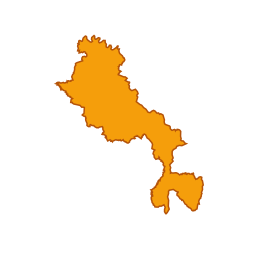 the district of Mae Chan, Chiang Rai, Thailand, rotated 249°
{"feature_id": "78962969B91989740231276", "entity_name": "Mae Chan", "entity_type": "district", "adm_level": 2, "iso_a3": "THA", "parent_name": "Thailand", "parent_adm1": "Chiang Rai", "projection": "mercator", "projection_center": [99.757, 20.164], "detail": "fine", "context": "isolated", "style": "filled", "palette": "amber", "viewbox_px": 256, "rotation_deg": 249, "n_neighbors": 0, "source": "geoboundaries", "source_scale": "gbopen_adm2", "svg_char_len": 5883}
<svg xmlns="http://www.w3.org/2000/svg" viewBox="0 0 256 256"><g transform="rotate(249 128 128)"><path d="M181.1,83.8L179.8,83.2L178.5,84.7L177.6,85.0L177.8,85.6L176.5,85.7L175.4,86.8L174.8,85.0L172.4,83.7L171.9,84.9L171.7,84.7L169.9,85.9L166.3,91.3L163.9,92.3L163.7,93.3L162.8,94.6L157.7,92.3L157.1,91.8L156.9,90.3L156.5,89.9L154.9,91.0L154.1,92.4L152.9,92.1L152.3,92.4L151.7,91.7L150.0,91.3L146.8,91.4L145.2,90.6L144.4,90.9L143.4,91.7L143.0,93.0L144.5,93.6L144.6,94.2L143.2,95.3L142.5,97.0L141.5,97.2L139.5,98.8L138.8,100.5L139.1,101.7L138.5,104.5L137.7,104.7L135.4,104.0L133.5,104.4L132.7,103.9L132.8,103.1L131.4,101.5L130.9,102.3L131.4,102.5L131.3,102.8L128.4,104.7L127.5,104.6L127.8,103.7L127.5,103.4L126.9,103.5L126.3,104.1L123.2,104.4L123.4,107.0L122.2,107.8L121.7,107.3L121.3,108.4L120.7,108.6L121.2,109.0L121.4,112.6L120.5,113.4L120.2,114.7L119.6,115.0L119.8,116.5L118.8,116.7L118.4,117.3L118.8,119.3L117.6,119.3L115.9,120.5L116.0,121.0L114.6,121.6L113.9,122.6L114.3,124.3L115.1,124.7L116.6,127.3L116.3,129.3L115.6,130.4L115.8,130.9L116.4,130.3L117.5,130.8L117.5,132.5L117.0,133.4L117.5,133.8L113.3,136.5L114.3,137.3L114.4,138.0L115.1,138.0L115.5,139.4L115.8,139.3L115.8,139.6L116.3,139.8L116.5,141.0L115.3,142.0L111.8,142.3L110.1,143.5L105.6,145.0L103.8,145.0L100.2,142.9L97.8,145.1L97.0,143.6L94.9,142.1L93.4,142.6L91.2,142.0L88.8,142.8L88.6,145.7L89.8,146.5L89.0,146.7L87.6,146.0L86.6,147.0L85.9,147.4L85.2,147.0L85.0,147.9L83.9,147.8L83.4,148.4L82.0,148.3L81.1,147.6L79.7,147.9L79.0,148.6L76.2,146.4L75.8,146.7L75.8,146.1L74.9,146.6L74.0,146.4L74.0,144.9L73.3,145.0L71.9,143.7L70.8,143.6L69.4,140.2L68.2,139.6L68.3,138.9L67.8,138.9L68.3,138.4L67.9,137.5L67.4,137.8L67.2,136.7L66.0,136.5L66.1,135.4L65.1,135.3L65.4,134.8L65.1,134.4L64.5,134.4L63.7,132.8L62.8,132.5L63.2,131.4L62.2,130.6L62.4,129.9L61.8,128.0L62.0,127.3L60.5,127.7L60.0,127.0L59.3,127.8L58.6,127.1L58.9,126.4L57.9,125.8L56.8,126.0L56.9,126.9L56.3,126.9L56.1,126.2L55.6,126.3L55.7,125.6L54.4,124.5L54.0,124.7L52.6,124.1L52.0,124.3L49.7,123.8L47.9,124.5L47.3,124.0L46.0,124.9L44.6,124.9L43.3,127.9L43.8,129.2L43.1,131.2L43.4,134.0L40.6,134.3L39.0,133.0L36.7,132.1L34.5,132.5L34.3,132.8L35.0,134.3L37.5,137.4L40.5,137.6L46.0,140.0L49.6,140.3L52.3,142.4L54.3,143.1L55.1,144.2L54.4,148.3L50.9,150.8L50.5,151.8L49.9,151.7L48.9,150.0L47.4,149.7L46.3,150.6L43.2,151.3L42.2,152.3L41.3,152.3L41.4,153.0L40.7,153.4L36.5,154.1L35.4,155.1L33.4,155.3L32.7,156.2L31.9,156.3L31.3,157.1L29.7,158.0L28.3,158.1L27.6,158.6L27.6,159.4L27.2,159.7L27.5,160.1L27.0,160.9L27.7,162.4L27.7,163.4L31.5,165.6L32.1,166.4L31.5,167.3L34.4,167.8L36.0,169.4L36.6,170.9L37.3,171.0L38.1,172.0L39.6,172.6L40.2,173.5L41.4,173.4L43.8,175.5L46.9,176.5L47.8,177.8L52.1,178.6L53.6,178.1L55.5,179.2L56.3,178.5L56.7,176.9L55.7,174.5L55.8,172.9L56.7,173.1L57.6,172.3L58.3,172.7L60.9,172.3L61.7,172.8L62.4,172.7L61.9,171.7L62.5,171.7L62.6,171.3L62.2,170.8L62.9,169.1L63.7,168.7L64.2,167.3L63.6,166.3L64.2,165.8L65.4,165.9L65.5,164.9L65.0,164.6L66.0,162.9L65.2,161.8L65.5,161.2L66.1,161.1L65.7,159.4L67.8,158.2L69.0,156.8L69.9,153.6L70.6,152.6L70.6,151.5L72.0,152.2L73.9,152.3L75.6,153.6L78.7,153.7L80.9,158.2L82.6,157.8L83.9,159.4L87.2,159.6L90.4,160.9L91.6,162.7L92.0,165.6L93.4,166.9L93.4,169.6L92.2,172.0L92.5,176.8L93.4,175.8L96.0,175.0L96.9,173.4L97.8,172.8L98.8,173.7L101.5,174.1L106.0,176.0L107.7,175.4L108.8,174.1L109.1,173.4L108.5,172.9L109.0,171.7L108.6,171.3L109.5,171.3L110.0,170.9L110.0,168.3L110.3,168.0L112.1,167.2L114.0,167.8L115.0,167.5L117.5,164.6L118.8,163.7L120.9,164.0L122.5,164.9L127.6,165.3L129.2,164.0L129.6,163.4L129.4,162.5L131.1,161.9L131.5,160.3L134.1,159.3L135.3,158.2L135.2,156.4L134.4,154.1L135.5,152.4L139.1,151.5L141.4,149.9L144.4,148.9L145.6,147.6L149.6,145.2L153.5,148.2L154.4,147.8L155.6,148.1L156.4,149.7L158.6,149.8L161.5,148.8L161.5,145.0L163.0,143.9L165.1,143.4L166.7,144.4L168.5,144.1L169.7,145.7L170.3,145.8L171.1,144.4L173.4,142.5L174.7,145.0L176.7,143.7L177.3,142.3L181.3,138.0L182.1,138.6L182.1,139.2L182.8,139.7L183.4,141.7L184.2,141.1L184.1,140.7L185.0,140.3L186.8,140.3L187.3,141.0L188.8,141.0L188.8,142.0L190.0,142.7L190.1,143.2L189.1,144.6L190.6,145.6L190.5,146.0L191.4,146.9L191.5,147.9L192.7,149.4L194.8,149.5L195.0,148.9L197.4,148.6L200.6,146.9L203.4,147.1L204.9,148.2L205.3,146.9L206.4,146.6L207.6,147.9L208.2,148.0L208.3,147.4L207.4,146.2L206.5,142.5L206.5,141.5L207.0,140.8L208.0,140.3L209.3,141.6L211.4,141.6L211.9,140.3L210.8,139.2L210.4,137.8L211.2,136.8L212.4,136.9L213.9,137.8L215.9,137.3L217.9,138.0L218.6,136.4L217.7,134.0L217.8,131.8L218.6,131.5L219.9,131.8L221.1,133.7L222.1,133.9L222.9,132.7L222.3,130.4L222.6,129.3L223.7,129.1L225.6,129.8L226.5,129.4L225.5,126.6L223.9,125.7L221.7,125.9L221.3,124.5L221.7,123.7L224.6,121.9L226.0,121.5L228.1,122.0L229.0,121.5L229.0,120.7L228.0,118.4L225.5,116.5L225.5,115.8L227.0,114.4L227.1,113.6L226.4,113.0L225.0,112.8L225.1,112.2L224.7,111.4L223.6,112.1L223.3,110.8L222.1,110.2L220.3,110.3L218.1,108.6L217.7,109.2L217.8,110.4L215.6,109.2L215.4,110.8L215.7,111.6L214.6,112.7L215.1,114.2L214.3,115.2L213.0,115.1L212.6,115.8L211.5,115.9L210.0,115.4L209.5,114.1L210.4,113.3L210.8,111.3L209.9,110.1L208.4,109.4L207.7,109.8L207.0,109.7L207.3,103.8L207.0,102.1L205.1,101.6L204.8,100.8L203.3,99.6L202.2,99.4L199.7,97.8L199.2,96.9L198.5,97.0L197.6,95.3L195.9,93.8L192.5,93.8L192.8,92.2L192.4,91.9L192.7,91.5L192.3,91.0L193.4,89.3L193.1,88.7L193.8,88.1L192.3,87.5L192.9,86.8L192.6,86.0L192.9,84.5L193.7,84.0L194.0,81.2L195.2,80.3L194.8,79.2L195.8,79.1L195.7,77.6L195.1,77.6L195.1,76.8L194.5,77.6L193.8,77.4L194.0,78.0L193.6,78.4L193.4,77.7L192.0,79.3L191.4,78.9L190.9,79.6L190.4,79.2L190.0,79.8L189.5,79.5L189.5,79.9L188.8,80.0L188.4,79.8L188.4,79.1L187.7,79.1L187.9,79.5L187.4,80.0L187.7,80.5L186.0,81.5L184.6,83.2L184.1,83.1L183.8,82.5L183.2,83.2L182.4,83.3L182.0,82.7L181.4,82.9L181.1,83.8Z" fill="#f59e0b" stroke="#b45309" stroke-width="1.5"/></g></svg>